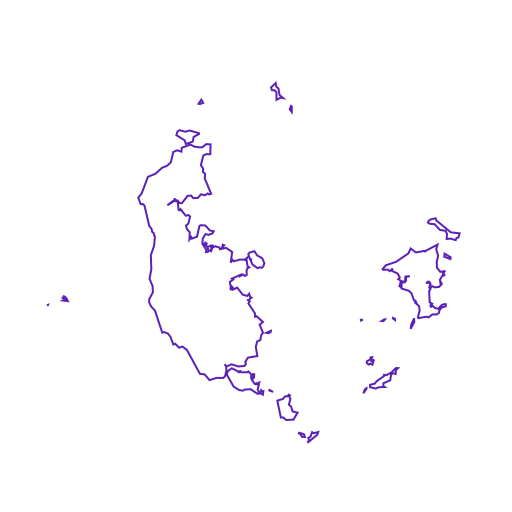 Mornington, Queensland, Australia (Mercator projection), rotated 281°
{"feature_id": "25037944B95382354250521", "entity_name": "Mornington", "entity_type": "district", "adm_level": 2, "iso_a3": "AUS", "parent_name": "Australia", "parent_adm1": "Queensland", "projection": "mercator", "projection_center": [139.442, -16.684], "detail": "fine", "context": "isolated", "style": "outline", "palette": "violet", "viewbox_px": 512, "rotation_deg": 281, "n_neighbors": 0, "source": "geoboundaries", "source_scale": "gbopen_adm2", "svg_char_len": 6164}
<svg xmlns="http://www.w3.org/2000/svg" viewBox="0 0 512 512"><g transform="rotate(281 256 256)"><path d="M143.9,245.9L141.8,248.1L145.0,252.7L144.2,259.8L145.8,265.6L147.9,266.7L149.9,265.7L154.7,267.5L158.0,276.4L166.9,273.1L172.4,273.5L174.3,276.3L179.2,276.2L182.0,277.5L189.3,272.7L192.6,275.4L197.0,268.1L196.2,266.7L199.4,266.0L208.0,257.6L210.3,258.5L211.4,255.7L211.2,257.1L214.3,259.5L214.7,257.9L217.6,256.5L215.1,255.0L215.5,250.3L221.4,243.6L218.3,239.4L218.5,237.4L220.4,237.1L220.2,239.6L222.9,236.2L225.6,235.3L228.5,238.1L229.2,236.7L234.7,244.6L233.4,244.5L235.4,246.9L234.3,248.8L235.6,250.5L240.2,249.5L242.6,250.0L243.5,251.5L244.7,249.5L249.6,247.8L250.2,245.2L249.4,240.8L246.6,235.3L247.8,233.6L244.6,232.5L255.4,231.8L258.3,225.1L255.8,219.4L257.2,218.8L257.8,214.2L256.0,211.7L251.2,210.8L255.0,210.6L258.6,212.0L256.7,209.9L257.5,209.4L255.9,207.3L256.2,205.8L252.5,208.7L250.9,208.1L250.3,206.2L252.4,206.2L257.8,201.0L262.9,200.4L267.9,202.3L267.7,205.4L269.9,209.0L272.2,209.8L272.3,205.8L276.3,200.4L275.6,195.7L274.5,194.7L263.7,194.4L260.8,189.7L262.2,188.8L259.4,187.5L266.6,186.5L269.4,183.0L272.5,181.4L274.8,183.4L282.2,183.8L283.3,181.7L282.1,179.4L287.5,173.0L286.4,172.7L286.4,171.2L293.8,169.0L294.7,167.8L294.3,165.1L288.9,159.3L295.4,165.1L297.1,165.3L295.6,165.9L295.5,168.5L293.5,170.8L293.6,173.1L302.0,177.4L302.9,180.9L300.8,183.3L301.9,187.8L306.1,190.3L305.8,194.2L308.1,196.6L307.5,198.1L308.5,200.1L322.3,190.9L326.8,190.4L328.5,187.9L331.8,187.4L334.5,184.6L344.5,185.1L346.5,187.7L347.2,191.7L356.9,190.1L356.3,185.8L352.5,182.5L351.9,180.0L351.6,174.8L352.8,170.4L348.1,162.5L344.2,162.9L344.7,158.5L342.4,155.0L331.6,154.5L327.6,151.5L324.6,146.9L317.6,141.7L313.1,134.8L295.9,131.9L290.7,129.3L284.9,132.9L285.4,134.9L284.2,136.9L265.3,145.4L262.4,148.5L259.9,149.4L259.2,151.0L255.4,153.1L246.5,154.0L236.8,152.6L223.0,155.8L213.4,155.8L206.8,160.2L200.8,161.7L193.0,159.4L190.1,160.0L186.5,162.6L183.2,167.2L162.9,178.6L163.8,180.1L163.0,184.5L160.1,187.6L153.3,191.8L154.5,193.4L151.3,198.0L153.1,201.1L150.6,206.1L129.6,223.5L130.0,228.1L125.3,234.1L128.8,240.4L130.1,247.3L132.3,248.6L137.9,248.8L141.7,247.8L143.9,245.9ZM263.3,442.7L267.7,441.1L272.0,442.6L273.0,444.6L274.8,444.0L273.2,444.1L273.2,443.2L275.1,442.7L277.4,444.7L275.6,439.9L279.0,435.9L284.2,434.6L291.1,434.7L297.0,431.6L301.8,432.0L293.1,421.2L292.1,421.7L293.2,420.5L290.0,412.3L292.9,406.4L287.6,405.1L277.0,394.6L271.7,385.3L267.4,382.8L266.7,383.4L267.8,388.1L266.6,390.1L269.8,392.6L267.4,392.0L265.8,398.4L262.3,401.3L260.4,400.0L258.8,404.7L259.5,407.1L264.3,406.6L265.6,410.8L263.9,407.2L260.5,408.0L258.5,407.0L257.2,401.9L257.2,403.2L253.8,402.5L253.4,403.4L256.7,404.2L251.8,405.1L251.0,412.7L249.2,415.5L242.5,419.7L242.6,421.0L240.5,422.5L241.0,420.4L238.0,425.5L233.6,427.1L226.6,426.6L226.0,427.4L228.9,434.7L228.8,437.3L232.3,440.2L233.0,444.3L234.9,446.4L237.7,446.4L241.1,448.3L242.7,451.8L244.8,451.6L244.8,450.2L243.4,447.7L238.9,444.9L239.3,441.1L240.8,439.0L239.5,437.4L240.7,436.6L242.8,438.0L243.6,435.4L254.6,432.6L256.9,433.6L257.9,432.1L261.3,432.3L263.2,431.1L261.7,428.1L263.8,429.9L263.3,431.6L261.8,432.7L258.3,433.1L260.0,435.1L259.3,437.6L260.6,441.6L263.8,443.7L264.7,443.2L263.3,442.7ZM138.8,261.6L139.7,262.0L139.2,260.6L141.2,253.7L137.5,250.2L134.1,249.9L123.6,258.9L121.2,265.0L121.3,268.9L122.8,270.5L124.2,276.2L121.0,283.8L121.7,285.6L125.4,283.1L130.4,283.4L130.0,279.4L133.6,275.6L136.4,277.3L139.6,276.8L139.6,275.8L135.7,276.3L135.2,274.6L138.8,273.9L141.2,270.6L140.1,269.5L138.8,261.6ZM120.7,309.6L118.1,304.5L102.2,311.2L102.7,313.4L100.8,316.9L102.5,324.0L110.2,326.7L110.4,321.6L114.8,319.2L116.4,316.6L122.2,317.1L124.8,315.0L125.5,315.9L126.2,314.8L124.1,313.3L123.7,311.3L120.7,309.6ZM361.0,172.1L364.9,176.8L365.7,176.5L366.5,166.9L364.5,162.8L364.9,156.9L363.0,155.1L359.4,154.8L355.9,164.0L352.6,165.7L356.1,172.0L361.0,172.1ZM312.9,451.2L317.1,451.6L316.4,442.7L325.3,426.2L327.3,425.1L325.1,420.2L323.0,418.5L321.5,418.5L320.8,420.5L321.3,425.2L316.7,431.6L316.9,437.4L314.0,439.3L309.1,439.9L310.2,443.7L309.7,449.0L311.9,449.4L312.9,451.2ZM162.7,404.7L156.1,398.3L153.3,396.9L151.4,392.6L149.0,393.0L148.7,398.9L150.4,401.1L152.0,407.3L152.6,405.8L155.4,405.3L159.6,411.5L165.7,411.2L167.0,413.2L166.9,415.6L170.5,415.1L173.0,416.8L172.7,414.7L168.0,411.6L164.1,407.0L163.7,404.3L162.7,404.7ZM251.5,250.9L247.0,254.2L244.3,260.0L245.6,261.6L245.5,263.9L247.3,265.1L250.5,265.6L255.0,262.5L256.8,257.0L260.4,253.5L258.1,248.9L256.3,248.1L252.1,250.5L251.6,252.7L251.5,250.9ZM422.2,242.9L420.5,244.9L413.2,246.3L416.2,250.1L416.2,252.5L418.5,248.4L424.6,246.1L426.1,243.6L429.5,242.3L424.3,238.6L421.8,240.0L422.2,242.9ZM88.8,343.9L87.6,342.1L85.0,343.2L82.5,342.2L92.2,350.2L95.1,350.7L93.0,346.3L93.8,344.7L88.8,343.9ZM171.5,391.0L175.3,391.4L174.6,389.5L175.5,388.9L176.5,390.1L176.8,388.5L178.8,389.3L178.4,387.9L176.1,387.8L174.1,385.2L172.3,385.0L170.9,387.2L172.1,388.6L171.5,391.0ZM90.1,337.2L90.8,332.2L89.5,331.5L90.5,332.9L87.3,335.5L87.7,338.5L90.1,337.2ZM290.1,447.4L291.9,447.3L294.3,440.7L291.2,441.0L290.1,447.4ZM225.0,423.1L218.1,421.5L214.0,421.7L221.3,424.0L225.0,423.1ZM125.3,286.7L122.1,286.2L121.2,289.2L124.7,289.0L124.1,288.0L125.3,286.7ZM178.7,77.0L177.7,74.5L176.5,76.7L175.5,75.2L175.8,79.9L179.0,77.2L179.9,75.0L178.9,74.2L179.6,75.2L178.7,77.0ZM404.2,263.6L409.6,262.6L410.0,261.7L406.5,261.1L404.2,263.6ZM396.2,174.9L399.0,172.5L394.5,170.6L394.5,172.0L396.2,174.9ZM182.7,283.3L184.4,285.0L185.4,284.9L182.6,280.9L182.7,283.3ZM141.7,387.5L146.7,389.8L147.3,389.7L146.0,388.4L141.7,387.5ZM258.2,203.0L257.1,204.4L258.7,205.2L259.5,203.7L258.2,203.0ZM216.2,391.8L216.4,393.5L218.4,394.7L218.2,393.9L216.2,391.8ZM260.7,221.3L257.6,221.1L257.3,221.4L260.5,222.7L260.7,221.3ZM250.6,247.2L252.6,247.6L251.0,246.2L250.6,247.2ZM130.6,279.8L131.8,282.9L132.3,283.1L130.6,279.8ZM125.9,298.7L126.9,295.1L127.6,294.1L126.5,294.9L125.9,298.7ZM212.7,371.5L213.9,373.0L213.4,371.2L212.7,371.5ZM219.7,404.7L220.7,404.5L221.4,402.3L220.9,402.3L219.7,404.7ZM168.4,61.3L167.6,60.2L168.2,61.3L168.4,61.3Z" fill="none" stroke="#5b21b6" stroke-width="2"/></g></svg>